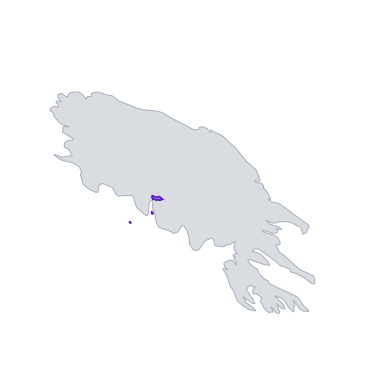 location of Akureyrarkaupstaður, Norðurland eystra, Iceland, rotated 218°
{"feature_id": "244011B9807446828123", "entity_name": "Akureyrarkaupstaður", "entity_type": "district", "adm_level": 2, "iso_a3": "ISL", "parent_name": "Iceland", "parent_adm1": "Norðurland eystra", "projection": "robinson", "projection_center": [-18.184, 66.06], "detail": "fine", "context": "in_parent", "style": "filled", "palette": "violet", "viewbox_px": 384, "rotation_deg": 218, "n_neighbors": 0, "source": "geoboundaries", "source_scale": "gbopen_adm2", "svg_char_len": 5951}
<svg xmlns="http://www.w3.org/2000/svg" viewBox="0 0 384 384"><g transform="rotate(218 192 192)"><path d="M296.1,142.3L299.5,142.4L305.1,141.1L313.1,137.2L316.5,136.3L324.3,136.3L315.0,140.1L311.5,144.2L309.0,146.3L309.0,147.2L315.8,149.7L319.0,148.9L320.4,149.2L321.7,150.4L322.6,152.7L322.1,155.2L320.3,157.6L317.7,159.7L318.1,160.3L320.2,160.7L331.2,159.4L332.5,162.4L333.5,163.4L333.3,164.4L329.0,167.7L334.1,165.6L338.1,165.1L345.2,166.1L348.1,167.2L349.8,169.3L353.3,168.7L354.9,169.8L355.0,171.1L353.6,174.5L349.5,176.2L352.1,178.7L354.2,178.8L354.6,179.3L354.4,180.8L351.2,182.5L356.6,184.5L357.3,185.2L357.0,187.4L356.2,188.6L354.6,189.4L350.8,189.5L348.5,190.3L349.4,191.7L348.7,195.6L345.8,198.8L343.1,200.5L340.3,201.6L332.7,200.4L333.0,203.1L330.3,204.8L330.9,206.3L331.9,207.0L331.5,208.8L328.1,212.6L325.6,213.8L320.7,215.3L313.7,218.7L306.5,218.6L289.0,223.5L282.0,226.2L269.6,234.1L264.4,236.2L255.4,237.2L228.2,242.4L225.2,245.5L225.0,246.2L226.2,247.4L224.2,249.6L220.1,251.2L218.1,251.2L214.8,249.9L214.3,250.5L215.7,252.2L202.4,254.9L183.9,253.4L167.7,249.6L154.7,248.8L145.7,243.4L145.5,242.6L146.5,241.0L149.8,240.3L148.3,238.6L142.7,241.5L140.9,241.4L138.6,240.3L138.5,239.1L134.0,238.7L126.1,235.3L125.5,234.5L127.4,233.4L127.1,233.2L122.8,233.3L116.5,236.5L79.4,237.7L78.2,236.1L76.9,229.9L78.3,227.3L79.8,227.6L84.0,231.1L94.0,229.1L98.0,227.8L101.8,224.5L104.0,223.4L107.1,219.1L110.2,216.5L116.6,215.3L111.0,214.5L101.6,217.9L98.4,217.9L99.9,216.4L103.2,214.8L101.0,214.7L100.2,213.9L100.1,212.3L101.8,209.8L112.9,205.2L110.4,204.4L102.7,207.8L97.1,209.0L92.6,207.4L90.5,205.3L90.7,204.4L93.4,201.7L93.0,201.1L91.2,200.9L86.4,198.4L78.7,198.6L59.6,197.2L45.1,200.6L41.7,199.0L39.0,195.6L39.7,194.2L42.2,193.5L49.3,193.6L59.7,191.9L64.5,189.9L66.3,190.4L67.1,191.4L73.5,189.9L77.0,188.2L82.7,189.0L104.2,188.1L107.1,185.9L108.3,183.3L107.8,182.7L99.8,185.2L98.0,185.1L88.9,183.8L85.7,182.4L86.8,181.2L91.7,178.7L104.2,174.5L105.9,173.6L106.1,172.6L101.3,170.8L92.1,171.3L89.8,169.2L82.1,168.0L77.0,168.7L74.3,167.5L43.9,174.2L34.2,171.1L27.3,170.6L26.7,169.6L30.9,166.7L33.7,166.1L36.5,166.4L41.8,168.5L45.4,169.1L41.0,166.1L40.9,163.2L39.5,162.4L38.2,160.5L38.8,159.8L44.3,160.3L53.0,163.6L57.3,163.0L63.1,160.9L50.5,159.7L46.7,157.0L49.6,155.6L56.1,155.8L49.0,151.3L48.7,150.5L50.0,148.5L59.0,150.2L54.4,147.5L54.3,146.9L55.7,146.4L56.5,144.8L58.8,144.1L63.3,144.7L70.3,147.8L71.3,148.7L71.5,151.8L74.3,151.4L77.6,151.8L80.4,149.6L82.3,150.1L83.8,152.1L83.4,156.3L85.4,154.8L88.7,154.7L89.4,151.2L88.8,148.4L78.1,145.2L74.0,142.9L74.5,142.1L76.6,141.4L87.9,140.8L83.1,139.4L82.0,138.0L73.4,138.6L69.1,138.0L69.0,137.3L70.8,136.2L76.1,134.0L86.0,133.8L89.9,134.4L97.4,139.2L103.4,141.2L113.5,147.7L120.0,150.2L120.3,150.8L119.2,151.5L116.6,152.4L120.5,153.5L122.8,155.2L122.9,156.0L120.7,161.2L118.1,162.9L112.1,161.9L113.5,163.6L117.8,165.3L118.7,166.3L118.1,167.3L120.1,167.0L120.8,167.5L119.8,170.5L118.6,171.6L122.2,172.2L124.7,173.7L127.6,179.7L129.3,175.1L130.2,173.4L131.7,172.7L133.6,168.1L137.8,165.3L141.6,164.2L145.5,167.5L148.3,167.8L151.3,162.1L151.8,157.8L151.0,153.2L151.6,149.9L153.5,147.9L156.1,147.3L161.5,149.2L166.0,153.9L172.8,158.9L177.5,160.2L178.4,160.0L179.2,158.4L178.6,151.7L180.9,148.2L186.5,147.3L195.1,144.1L197.0,144.0L201.2,145.9L208.7,152.5L214.1,155.6L216.9,160.6L218.1,161.5L219.3,159.9L219.4,157.8L212.9,147.5L212.8,146.1L213.5,145.0L225.2,145.6L227.8,146.7L235.9,152.5L239.9,150.2L247.8,143.3L250.5,143.5L257.3,146.3L260.0,146.0L267.9,143.5L269.5,140.3L266.1,133.8L267.4,132.5L274.7,130.8L282.6,131.1L290.9,137.2L291.3,140.0L296.1,142.3Z" fill="#d9dde1" stroke="#a8b0b8" stroke-width="1"/><path d="M218.5,162.1L218.4,162.1L218.2,162.1L218.0,162.3L218.0,162.5L217.9,162.5L218.0,162.5L217.9,162.6L217.9,162.8L217.9,162.7L217.8,162.8L217.7,162.8L217.6,163.0L217.4,163.1L217.0,163.1L216.4,163.3L216.2,163.3L215.8,163.4L214.7,163.5L214.6,163.8L214.6,164.0L214.6,164.3L214.5,164.5L214.4,164.8L213.9,165.0L213.5,165.1L213.4,165.0L213.2,165.0L212.8,165.4L212.7,165.4L212.6,165.5L212.4,165.5L212.1,165.6L211.9,165.8L211.9,166.0L212.0,166.0L211.8,166.2L211.8,166.3L211.9,166.6L212.0,166.7L212.2,167.0L212.1,167.3L211.7,167.4L211.6,167.5L211.2,167.5L210.8,167.5L210.7,167.6L210.7,167.8L210.8,168.1L210.8,168.3L210.7,168.4L211.0,168.4L211.3,168.3L211.5,168.4L212.2,168.4L212.7,168.5L213.6,168.5L214.1,168.5L214.3,168.5L214.6,168.4L215.1,168.1L215.4,168.0L215.7,167.7L215.8,167.6L215.8,167.4L216.0,167.2L216.5,166.5L216.6,166.4L218.0,165.6L219.6,165.2L219.8,165.1L220.7,165.0L220.8,164.9L220.9,164.7L220.9,164.4L220.9,164.5L220.7,164.6L220.7,164.4L220.5,164.5L220.4,164.5L220.4,164.4L220.2,164.1L220.2,164.6L220.1,164.4L220.0,164.1L220.3,164.0L220.6,164.1L220.2,164.0L219.9,163.9L219.8,163.7L219.9,163.4L220.2,163.4L219.9,163.2L219.7,163.1L219.8,163.0L219.7,163.0L219.4,163.0L219.2,163.0L219.3,163.0L219.2,162.9L218.9,162.8L218.9,162.7L219.0,162.7L219.0,162.8L219.0,162.7L218.9,162.6L218.8,162.4L218.7,162.4L218.8,162.4L218.7,162.3L218.6,162.2L218.5,162.1ZM209.9,150.1L209.9,150.3L210.0,150.3L209.9,150.4L210.1,150.4L210.1,150.5L210.3,150.7L210.2,150.8L210.3,150.8L210.4,151.0L210.4,151.3L210.3,151.5L210.5,151.7L210.9,151.8L210.9,152.0L210.9,151.9L211.0,151.9L211.0,152.0L210.9,152.0L211.0,152.0L211.3,152.0L211.5,152.0L211.8,151.9L211.9,151.7L211.7,151.4L211.8,151.4L211.7,151.4L211.5,151.2L211.4,151.2L211.2,151.0L211.1,150.9L210.8,150.6L210.7,150.6L210.5,150.4L210.4,150.3L210.4,150.2L210.2,150.2L209.9,150.1ZM221.9,129.2L221.7,129.2L221.8,129.2L222.0,129.4L222.0,129.5L221.9,129.6L221.7,129.6L221.6,129.8L221.7,130.0L221.8,130.0L221.7,130.0L221.8,130.0L221.7,130.0L221.8,130.1L221.7,130.1L221.8,130.1L221.7,130.2L221.8,130.2L222.0,130.2L222.1,130.3L222.3,130.4L222.5,130.4L222.5,130.5L222.9,130.6L223.0,130.7L222.9,130.6L223.0,130.4L223.0,130.2L222.9,130.0L222.7,129.9L222.6,129.7L222.4,129.6L222.2,129.4L222.0,129.2L221.9,129.2Z" fill="#8b5cf6" stroke="#5b21b6" stroke-width="1.5"/></g></svg>